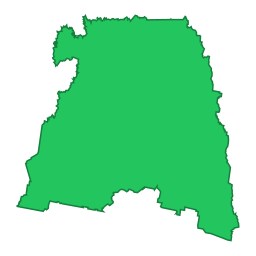 Glen Innes Severn, New South Wales, Australia (Equal Earth projection), rotated 180°
{"feature_id": "25037944B18987498065819", "entity_name": "Glen Innes Severn", "entity_type": "district", "adm_level": 2, "iso_a3": "AUS", "parent_name": "Australia", "parent_adm1": "New South Wales", "projection": "equal_earth", "projection_center": [152.111, -29.631], "detail": "fine", "context": "isolated", "style": "filled", "palette": "green", "viewbox_px": 256, "rotation_deg": 180, "n_neighbors": 0, "source": "geoboundaries", "source_scale": "gbopen_adm2", "svg_char_len": 5823}
<svg xmlns="http://www.w3.org/2000/svg" viewBox="0 0 256 256"><g transform="rotate(180 128 128)"><path d="M199.9,217.5L199.4,214.8L201.6,214.0L202.3,212.8L202.0,211.8L201.3,211.6L199.9,213.7L199.0,213.8L198.9,212.2L201.2,210.7L200.8,210.1L199.5,210.1L199.2,209.1L199.9,208.6L201.4,208.9L202.8,207.9L201.8,205.2L202.7,201.6L201.9,199.3L203.3,198.2L202.7,196.9L201.0,195.9L201.1,194.4L202.1,193.7L200.7,192.1L200.3,190.1L199.6,190.8L199.0,190.4L195.4,195.5L193.7,194.8L192.2,195.6L191.7,195.2L190.5,195.7L190.4,196.3L189.1,197.5L187.3,197.3L186.1,195.8L184.4,196.5L183.7,197.5L183.9,198.6L182.7,198.8L177.5,196.7L177.9,194.9L177.5,192.1L178.0,192.0L178.5,190.5L179.0,191.2L179.5,190.5L179.1,189.0L177.9,188.4L178.3,187.4L179.1,187.1L178.8,185.9L179.6,184.5L178.8,184.4L179.2,183.1L177.9,183.1L179.3,181.6L179.3,180.0L180.0,178.7L181.3,178.1L182.9,178.7L181.4,177.5L181.7,176.6L183.1,176.8L182.2,175.7L182.8,174.3L182.4,173.4L185.0,172.9L184.7,171.3L185.8,170.3L185.5,168.7L186.6,167.7L187.5,165.7L190.1,165.5L190.8,163.8L191.9,164.4L193.4,163.7L194.6,164.2L196.0,163.1L196.4,164.6L197.4,164.4L198.3,162.3L196.9,160.6L197.2,159.3L196.2,157.8L197.6,156.0L198.5,155.9L197.8,151.6L199.6,150.0L197.7,148.4L197.7,147.5L199.4,145.7L199.8,143.8L200.8,142.9L200.9,140.1L201.8,138.1L202.4,138.2L202.9,140.3L203.7,141.1L204.7,139.1L206.8,138.7L207.1,137.0L207.6,137.8L208.5,137.8L208.2,135.2L208.7,134.0L211.5,135.1L211.7,132.9L213.8,130.9L217.7,103.5L218.8,101.8L224.8,98.3L224.7,97.3L225.4,96.7L228.7,95.2L229.7,93.7L229.5,92.8L230.3,92.3L225.2,74.6L226.4,74.8L227.0,70.7L228.5,71.0L229.8,61.7L229.5,61.1L231.9,61.0L233.2,59.4L234.6,59.4L235.4,56.3L235.1,55.3L236.5,54.5L236.4,53.5L237.2,53.0L236.9,52.2L237.5,51.6L237.7,50.3L238.8,50.2L238.8,49.6L212.8,44.7L210.9,47.3L209.5,46.2L207.7,47.8L207.5,51.0L206.1,54.9L199.0,53.5L198.8,54.3L197.6,54.4L195.8,52.5L194.3,52.9L193.9,52.3L173.0,48.5L173.5,49.5L168.0,48.6L168.1,47.2L161.0,45.9L160.9,46.8L159.2,46.6L159.5,46.3L158.4,46.1L158.5,45.5L152.8,44.5L153.8,45.4L153.9,47.8L153.0,47.6L151.6,49.5L148.2,52.0L146.3,50.5L142.9,53.2L142.8,54.3L144.2,56.1L144.2,57.3L144.8,58.0L143.3,60.4L142.1,61.0L142.2,62.2L142.9,62.9L142.4,63.5L138.3,63.7L135.9,66.2L134.3,66.7L131.9,66.0L129.2,64.3L127.5,65.5L127.4,66.5L126.4,66.7L122.5,65.0L122.0,63.9L118.5,63.4L114.4,66.6L113.7,66.5L113.6,67.2L112.7,67.1L112.6,68.1L111.6,67.9L111.5,69.0L101.9,67.1L101.6,66.0L99.1,69.4L99.2,68.6L96.2,65.5L95.4,64.0L96.6,58.2L98.0,57.2L98.5,53.8L94.0,53.0L95.4,49.4L94.3,48.5L79.7,45.4L78.9,44.2L79.9,42.7L79.5,42.9L79.0,41.3L76.2,40.8L75.5,46.4L71.5,45.7L71.1,48.9L59.9,46.2L60.1,44.9L57.8,44.5L58.4,40.2L56.6,39.9L58.2,30.6L58.0,27.9L53.0,27.0L50.4,23.4L44.9,22.4L28.2,16.0L25.0,15.4L24.4,19.8L25.0,20.5L24.2,21.7L24.0,22.5L24.5,23.0L23.7,24.2L24.4,24.1L25.0,24.9L23.5,26.5L22.3,26.9L21.7,28.0L17.2,29.0L17.5,32.8L18.4,34.4L18.3,36.6L19.2,37.9L18.9,39.5L20.7,41.3L20.5,42.4L21.4,41.7L22.4,42.2L22.7,44.4L23.5,45.8L23.0,47.7L23.6,48.7L23.6,49.7L24.5,50.3L24.6,54.4L24.3,55.5L23.6,55.9L24.5,57.8L23.3,60.0L23.9,63.5L23.8,65.8L24.3,67.2L23.9,71.1L27.7,73.2L25.6,88.5L28.1,92.9L29.2,93.6L28.5,95.3L30.1,98.2L30.2,98.7L29.2,100.1L30.6,103.6L30.1,104.8L30.4,105.7L29.2,108.7L28.4,109.3L27.8,112.5L27.5,115.7L27.8,120.1L29.5,121.0L29.1,123.8L30.9,124.1L30.8,125.1L31.5,125.3L31.3,126.7L32.3,126.9L32.7,128.9L32.2,130.4L33.9,130.7L35.7,133.1L35.8,131.8L36.3,131.9L36.1,133.1L37.5,133.4L37.5,136.7L38.8,137.6L38.7,139.0L39.7,139.2L39.3,140.6L40.3,140.8L39.8,144.1L37.2,143.7L37.1,144.6L36.6,144.6L36.2,147.5L37.3,149.2L37.5,151.4L39.0,153.0L38.4,158.0L37.3,157.8L37.2,159.1L36.1,159.0L36.0,159.7L34.7,159.5L34.3,162.5L36.6,162.9L36.4,164.0L43.4,165.3L43.0,171.8L43.6,172.3L43.5,173.9L45.2,177.2L44.0,180.1L44.0,183.8L44.8,185.3L44.7,187.6L47.1,191.0L47.4,192.7L47.0,193.3L47.3,196.1L46.6,199.4L48.0,199.9L49.4,198.7L51.5,199.0L52.2,198.2L53.5,199.4L53.2,200.4L54.0,201.9L53.5,202.3L51.7,207.2L53.2,208.9L54.0,211.1L54.7,211.3L54.0,213.9L55.8,214.4L55.5,219.6L56.1,220.4L59.2,220.5L59.6,221.7L59.5,223.3L60.6,225.6L63.1,226.3L64.3,227.4L64.8,229.3L66.6,228.2L67.8,228.9L68.3,228.3L68.8,228.8L68.9,231.7L67.9,231.7L67.8,233.1L67.9,234.5L68.4,235.0L67.4,235.1L68.8,235.5L70.5,239.5L71.0,239.5L71.3,237.8L71.9,238.0L73.0,236.4L85.0,236.4L85.2,236.9L86.0,236.4L109.2,236.1L109.5,237.7L111.5,239.2L112.3,238.3L115.8,238.3L116.4,237.8L117.0,238.8L118.3,238.9L118.9,240.1L120.7,240.6L125.4,235.1L125.4,235.7L126.4,236.2L127.0,237.4L128.1,236.5L128.0,237.2L129.2,238.9L131.7,237.3L131.7,236.4L135.6,236.5L137.8,235.7L138.0,237.2L141.8,236.4L142.7,237.3L143.6,237.3L145.7,236.0L147.5,236.8L149.3,236.5L149.8,237.8L150.8,236.7L150.7,237.5L151.5,238.2L153.5,235.1L154.7,235.4L155.0,237.6L155.6,238.1L156.6,237.6L157.0,236.7L158.6,238.3L158.9,237.8L158.3,236.9L159.0,235.7L159.8,235.2L160.5,235.9L163.1,236.1L164.5,235.2L165.0,233.1L166.2,236.2L168.0,235.4L168.4,236.6L169.2,236.7L170.6,240.4L171.2,239.4L173.0,239.1L171.8,237.0L172.7,236.6L171.9,235.6L172.4,234.7L171.4,234.5L170.9,233.0L171.2,232.5L172.4,233.0L172.6,232.3L170.0,229.5L170.9,229.4L171.0,228.4L171.7,228.5L171.8,227.4L169.8,226.3L170.3,225.2L169.5,224.3L169.7,223.3L169.1,222.3L170.8,220.1L172.1,220.2L172.4,219.5L173.1,219.5L173.3,218.5L174.2,220.2L175.8,221.1L176.6,220.3L177.9,220.3L178.2,218.1L180.3,219.3L181.6,218.4L181.8,218.9L180.3,220.3L182.3,220.3L182.4,220.9L181.6,221.3L181.8,222.9L182.8,222.0L183.1,220.8L183.9,221.4L184.1,222.6L182.2,223.8L182.7,225.6L183.5,225.5L183.9,228.0L184.6,228.4L185.2,227.8L186.2,228.6L186.5,228.3L186.0,227.3L187.1,227.2L188.9,228.3L189.3,230.9L189.9,230.1L189.7,228.9L190.6,229.6L191.7,228.9L192.2,229.8L193.4,228.1L194.5,228.8L194.1,227.1L194.6,226.1L194.1,224.7L195.6,224.9L196.8,224.0L198.8,224.6L198.7,223.9L197.3,222.4L198.5,221.0L198.6,217.6L199.9,217.5Z" fill="#22c55e" stroke="#15803d" stroke-width="1.5"/></g></svg>